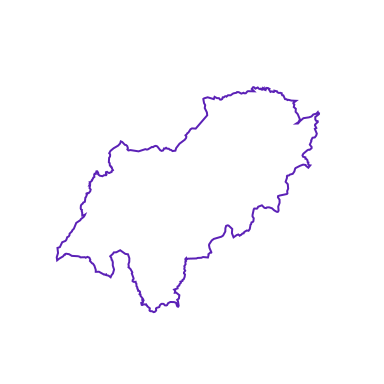 Axutla, Puebla, Mexico, rotated 233°
{"feature_id": "50627088B68162704066779", "entity_name": "Axutla", "entity_type": "district", "adm_level": 2, "iso_a3": "MEX", "parent_name": "Mexico", "parent_adm1": "Puebla", "projection": "robinson", "projection_center": [-98.393, 18.185], "detail": "fine", "context": "isolated", "style": "outline", "palette": "violet", "viewbox_px": 384, "rotation_deg": 233, "n_neighbors": 0, "source": "geoboundaries", "source_scale": "gbopen_adm2", "svg_char_len": 6034}
<svg xmlns="http://www.w3.org/2000/svg" viewBox="0 0 384 384"><g transform="rotate(233 192 192)"><path d="M254.4,267.3L253.1,265.3L258.2,261.5L259.5,258.1L259.5,257.0L255.7,255.1L253.4,254.8L251.4,252.7L246.6,251.8L244.1,250.3L240.4,233.1L242.8,230.3L243.0,228.6L241.6,224.8L241.8,223.8L241.2,222.3L241.2,220.9L239.6,220.8L238.7,219.8L238.1,217.7L238.1,211.1L236.6,205.8L235.0,203.6L236.4,201.1L238.2,200.6L239.2,199.7L240.5,199.5L241.6,198.2L242.9,197.9L242.9,196.4L243.6,195.9L242.6,193.9L243.1,192.5L244.5,191.8L249.3,191.7L250.6,190.9L251.2,189.6L251.3,187.8L252.1,187.1L252.6,182.4L253.0,181.5L254.3,180.5L256.6,173.8L262.5,168.1L263.5,166.2L264.9,166.0L265.6,167.2L267.7,167.9L269.2,167.6L270.1,166.8L273.9,166.4L275.3,165.6L274.0,163.8L273.5,160.9L274.1,155.7L273.9,151.7L272.8,149.2L271.5,149.3L270.7,148.8L269.7,147.9L269.2,146.4L265.8,143.5L264.6,143.6L262.5,142.3L261.0,142.8L260.8,142.4L259.5,142.6L259.0,142.2L257.0,142.0L257.0,140.4L256.4,139.8L257.0,137.3L257.9,136.6L259.2,136.3L259.6,135.2L258.5,134.3L257.4,134.2L257.1,133.6L258.4,131.7L258.5,130.0L260.5,128.2L262.0,127.8L263.0,127.7L263.4,128.5L265.5,128.8L266.0,128.1L264.4,126.0L265.2,125.2L264.6,124.2L262.8,123.1L262.9,121.8L262.4,121.3L261.8,119.3L261.3,119.1L261.1,117.0L261.4,116.2L260.4,116.0L260.2,115.1L259.5,115.0L259.0,113.9L258.6,114.5L256.7,112.5L255.0,112.6L253.8,111.1L253.3,108.8L254.1,107.8L254.3,106.8L254.1,106.6L253.4,106.9L251.8,104.3L251.7,103.5L248.7,100.6L249.0,98.7L248.5,97.8L248.5,96.2L248.0,95.1L246.0,93.3L245.0,92.9L243.9,93.3L243.1,92.4L241.8,92.0L239.4,90.3L239.2,91.1L238.4,91.6L238.3,92.9L237.9,92.2L237.3,90.5L237.2,86.8L236.7,85.8L237.0,81.0L233.8,75.6L233.4,73.2L232.8,72.4L232.4,69.2L231.2,68.1L230.7,66.7L231.0,65.1L229.5,63.0L229.1,61.5L230.0,58.1L227.5,53.3L228.3,50.9L223.9,48.3L221.3,44.7L218.6,43.2L218.7,45.8L218.2,50.3L218.7,52.1L218.3,52.7L218.8,53.5L218.4,54.4L216.3,56.4L213.3,57.6L209.3,62.3L207.9,63.4L207.0,63.5L204.4,67.2L203.5,67.5L203.1,69.5L201.3,70.5L199.1,70.0L198.4,69.0L195.2,69.3L194.3,69.8L191.9,69.7L187.8,68.3L186.2,67.1L184.3,69.7L178.9,72.1L178.7,72.7L178.0,73.0L177.8,73.8L177.2,73.5L175.4,75.0L172.9,75.7L174.1,77.9L174.5,79.8L177.0,83.1L181.0,84.5L183.6,86.5L185.5,87.2L186.2,87.0L188.0,87.9L189.9,88.0L190.2,91.5L190.8,93.2L189.4,95.3L188.7,99.6L182.7,101.5L180.8,103.4L176.8,102.1L173.9,99.8L172.6,97.8L170.7,96.8L170.2,96.0L167.5,96.5L163.9,96.0L163.5,95.8L163.2,94.9L158.2,93.4L157.7,92.9L157.5,91.8L156.6,90.9L155.5,91.2L154.3,92.8L154.0,92.4L152.5,92.5L150.0,90.9L148.9,91.0L147.6,90.1L146.6,90.3L145.6,89.5L144.5,90.4L143.3,90.3L141.9,88.6L141.1,89.2L140.1,88.4L137.1,88.5L136.0,87.5L135.6,88.4L134.5,88.0L134.5,87.3L133.6,86.7L133.3,85.8L134.0,85.3L134.0,84.7L132.1,83.9L131.7,84.2L131.3,85.8L129.9,87.7L129.3,87.4L128.3,87.8L127.6,87.5L124.5,88.3L123.0,86.8L122.4,86.8L121.7,87.2L120.9,88.3L119.1,89.1L118.7,90.0L118.8,91.4L119.1,92.2L120.6,93.1L120.8,93.9L119.8,96.6L120.9,98.3L121.1,99.7L120.9,100.6L119.7,102.0L117.9,102.1L116.9,103.1L116.7,104.1L117.6,106.0L117.2,108.5L114.9,111.4L113.1,112.6L110.1,111.5L109.2,111.5L108.7,112.0L109.2,112.9L113.3,115.1L114.8,115.3L114.8,117.4L117.2,119.8L121.2,118.8L121.9,117.6L123.2,119.1L124.8,119.0L123.7,122.5L125.2,123.5L125.0,125.6L125.8,126.3L126.2,128.5L127.3,128.8L126.7,130.8L127.5,131.6L127.3,132.8L128.6,135.0L130.4,136.8L131.8,136.6L132.6,137.2L133.2,139.2L135.2,139.5L136.4,140.9L137.4,141.2L138.1,143.3L140.2,144.6L140.4,145.6L141.9,145.9L142.6,146.6L142.7,147.6L141.4,147.0L141.2,148.6L136.3,155.5L135.9,156.9L133.9,159.8L133.4,161.7L130.1,165.3L131.7,167.3L132.4,167.6L132.6,170.1L132.0,170.9L132.2,171.2L136.8,172.3L139.3,173.6L139.9,174.3L141.4,178.6L141.4,181.2L138.6,188.6L138.5,190.6L140.4,194.8L143.0,196.9L144.4,198.9L143.9,200.4L143.2,201.0L138.3,201.9L135.1,199.1L130.8,197.9L130.7,201.8L130.2,203.4L128.4,203.8L128.5,204.8L128.2,205.4L128.5,207.4L127.9,208.3L128.6,209.7L128.3,212.6L127.0,213.8L127.7,215.9L130.7,219.1L130.7,219.8L131.9,221.2L131.5,222.6L131.7,223.4L133.9,225.5L136.0,225.6L137.2,226.5L141.0,230.9L141.3,231.8L139.8,233.6L139.6,234.2L140.4,236.0L139.3,239.8L135.8,240.3L134.6,241.4L134.6,242.5L133.4,244.3L130.8,246.1L127.9,246.6L125.3,247.7L124.6,248.4L124.5,249.0L125.1,250.0L128.5,252.1L130.6,255.4L133.2,257.3L136.0,257.4L136.9,258.2L136.5,259.7L133.3,266.5L133.4,267.3L135.5,268.6L136.8,270.8L140.6,273.2L143.8,272.9L146.1,276.3L147.6,277.4L147.7,278.0L146.9,279.2L147.0,280.6L145.9,283.4L146.8,286.1L148.5,288.3L148.8,289.1L147.9,294.1L147.0,297.2L145.2,299.0L144.3,298.8L141.4,299.5L142.1,302.4L142.9,301.6L144.4,301.6L145.5,302.7L146.1,302.3L147.9,303.3L149.6,303.2L150.3,302.6L151.4,303.4L153.4,301.9L154.8,302.3L155.6,304.0L155.9,309.3L155.7,310.4L154.9,311.4L155.0,313.8L155.9,314.6L158.9,314.6L160.9,318.1L161.5,318.2L162.8,320.9L161.7,322.9L162.3,325.1L163.5,326.8L168.5,328.1L168.3,329.8L171.2,330.3L171.8,330.9L172.2,334.6L172.9,335.0L174.1,334.0L175.7,334.1L177.7,335.6L177.8,340.2L178.4,340.8L179.4,340.4L180.1,340.6L179.7,338.5L180.9,335.5L180.4,332.9L181.2,330.4L183.9,325.4L183.6,321.0L182.9,317.9L183.9,316.5L183.7,319.1L185.1,321.9L190.6,323.3L193.7,323.0L196.0,325.0L198.6,324.4L200.3,326.4L201.7,326.2L202.2,326.7L202.2,330.0L205.2,326.4L207.5,324.6L208.0,323.5L209.1,323.4L210.2,322.2L214.2,323.1L214.9,322.3L215.9,322.4L216.9,323.1L218.1,322.2L218.8,321.0L220.2,320.2L221.2,320.5L223.4,318.7L222.6,317.9L222.9,317.1L224.3,316.4L224.7,314.9L227.9,315.2L227.9,315.8L229.2,315.3L230.1,314.4L229.5,312.7L230.2,312.7L229.3,312.0L229.9,311.6L230.4,312.0L232.5,311.3L232.2,310.5L231.3,310.2L231.5,309.5L233.1,309.2L233.1,308.3L234.3,307.6L235.9,307.4L236.4,304.8L238.0,304.7L238.9,304.0L238.3,301.7L235.0,302.2L238.8,297.4L239.0,296.8L238.5,294.4L239.4,293.1L240.2,292.9L240.9,290.6L243.6,289.4L244.7,288.1L244.5,287.3L245.9,284.3L246.0,281.9L246.4,281.6L246.0,281.7L246.0,281.1L247.6,278.9L247.4,277.0L247.9,276.9L248.5,276.1L248.5,274.3L249.1,273.5L248.1,272.1L248.3,270.7L249.0,270.0L250.7,270.0L252.0,268.4L254.4,267.3Z" fill="none" stroke="#5b21b6" stroke-width="2"/></g></svg>